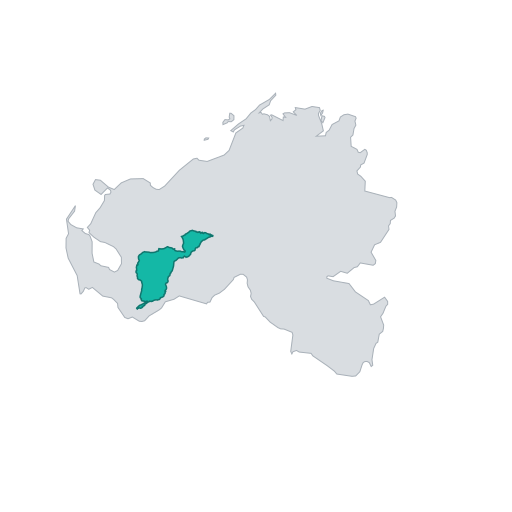 Barinas highlighted on a map of Venezuela, rotated 323°
{"feature_id": "VEN-26", "entity_name": "Barinas", "entity_type": "State", "adm_level": 1, "iso_a3": "VEN", "parent_name": "Venezuela", "parent_adm1": "", "projection": "robinson", "projection_center": [-69.659, 8.155], "detail": "fine", "context": "in_parent", "style": "filled", "palette": "teal", "viewbox_px": 512, "rotation_deg": 323, "n_neighbors": 0, "source": "natural_earth", "source_scale": "10m", "svg_char_len": 9437}
<svg xmlns="http://www.w3.org/2000/svg" viewBox="0 0 512 512"><g transform="rotate(323 256 256)"><path d="M414.8,198.0L419.3,204.6L418.9,206.2L416.2,207.8L414.5,211.6L411.0,213.2L406.2,217.7L403.0,218.1L398.0,225.7L400.8,231.6L400.1,234.7L401.4,236.2L407.1,236.3L407.7,237.9L407.0,240.4L405.9,241.9L398.2,246.8L394.4,246.3L392.9,247.8L387.8,248.8L386.5,251.7L387.7,255.6L388.3,262.0L382.0,269.6L397.8,289.8L399.5,290.8L401.2,295.4L400.6,298.2L397.8,301.5L393.9,303.9L391.5,308.0L389.1,308.9L384.8,308.5L382.7,310.9L380.0,311.7L378.2,314.8L363.7,320.0L357.5,318.4L350.2,322.2L349.0,331.7L346.7,333.9L344.0,333.9L335.1,324.3L330.5,325.6L327.4,324.3L318.5,324.7L314.4,319.2L305.1,318.9L301.6,315.2L300.0,315.2L299.2,316.4L302.9,322.4L313.7,334.0L313.8,344.5L318.9,359.2L318.0,363.8L320.9,365.2L333.9,366.3L333.8,371.5L332.1,373.8L329.5,374.3L322.9,378.2L318.9,379.5L316.4,388.0L314.2,390.5L311.8,392.5L307.4,392.6L301.4,398.1L299.3,398.0L294.3,400.7L286.2,408.6L283.5,413.5L281.5,413.6L282.3,409.3L281.2,407.0L279.3,405.8L277.5,405.6L275.3,406.7L269.3,410.9L263.4,411.8L260.3,409.9L249.5,398.9L249.3,395.2L246.8,386.3L241.3,370.0L241.4,366.9L232.7,358.7L231.5,355.8L227.9,354.7L225.7,355.8L226.3,353.1L237.9,341.3L238.9,338.7L234.4,331.2L231.9,329.1L230.4,326.4L227.5,317.3L226.7,310.2L225.7,308.8L227.0,291.7L226.5,287.9L227.3,285.0L229.6,283.0L230.9,280.0L231.1,275.8L232.5,272.5L234.9,269.8L235.8,267.2L234.7,262.9L232.6,261.2L225.6,259.9L223.7,261.2L210.8,263.6L204.4,263.6L199.5,262.4L195.9,262.8L191.5,265.1L189.4,263.8L187.7,264.5L170.7,241.7L164.5,241.2L156.0,238.0L149.4,240.6L146.6,240.8L134.7,239.5L128.1,240.7L125.4,239.6L123.5,237.8L120.5,230.3L116.0,229.1L114.2,226.1L114.8,214.0L116.9,210.6L116.2,205.1L115.5,202.5L109.5,195.8L106.4,182.6L102.4,181.9L101.3,179.0L100.1,178.5L96.8,180.3L93.4,181.0L92.7,180.3L101.4,164.0L104.7,144.7L109.1,135.2L115.0,127.6L119.7,125.4L126.8,112.5L142.1,107.1L138.1,111.0L128.9,113.5L126.8,115.1L127.0,119.4L129.7,125.5L134.3,130.4L132.2,130.9L133.2,135.3L135.4,138.3L135.5,140.1L133.7,146.0L126.7,155.2L122.9,163.2L125.8,168.0L126.2,170.4L131.4,176.4L130.9,178.7L133.2,183.6L136.8,184.3L143.9,181.2L147.7,176.0L148.5,166.2L147.8,162.7L143.4,154.2L140.4,150.9L137.9,143.5L136.7,136.8L138.7,135.3L138.5,131.7L143.4,130.8L154.1,125.0L160.7,123.6L168.3,120.5L171.6,116.5L172.7,116.2L176.6,118.6L178.6,117.7L179.4,115.9L178.3,112.3L169.3,113.6L167.0,106.4L169.0,100.6L173.8,98.4L177.3,101.8L179.6,112.2L182.8,117.6L192.4,116.5L202.1,118.9L212.5,126.3L215.5,134.0L214.2,136.0L214.9,139.3L216.4,142.6L218.7,144.7L225.2,145.2L246.4,141.4L264.3,140.8L267.7,142.4L268.1,145.2L273.9,151.1L291.3,156.2L298.0,155.5L314.0,145.6L322.5,145.9L325.0,144.4L321.8,142.9L314.7,142.3L312.5,143.3L311.3,140.7L321.5,140.0L330.6,140.5L338.0,138.7L343.8,138.8L349.7,137.6L360.8,139.0L369.6,137.8L368.6,139.5L361.1,140.8L357.5,143.2L350.0,142.7L344.7,143.6L346.4,144.3L346.4,146.7L347.9,147.2L350.2,150.2L350.8,152.7L348.9,156.6L351.1,156.2L352.3,155.0L352.3,152.2L353.5,152.7L359.1,164.1L361.5,161.4L363.1,163.1L363.1,158.7L364.9,158.9L369.0,161.7L373.2,168.3L372.5,163.3L375.9,163.2L376.7,161.1L383.5,168.2L390.7,170.3L396.0,175.7L394.9,178.4L391.7,179.7L390.5,181.4L388.1,189.9L385.1,196.6L376.2,196.6L383.8,201.8L386.4,199.6L390.2,199.5L395.9,196.8L403.6,198.0L407.0,195.8L411.2,196.1L414.8,198.0ZM322.0,127.1L322.8,130.7L320.4,133.8L317.1,133.9L314.6,131.9L313.2,132.3L308.7,131.2L310.0,129.3L313.3,128.4L315.7,130.6L317.7,130.7L318.2,128.9L321.0,126.2L322.0,127.1ZM394.4,187.0L389.6,189.8L389.4,187.0L393.1,183.7L394.7,185.7L394.4,187.0ZM289.2,133.3L287.9,133.9L284.3,132.4L285.1,131.5L287.1,131.5L289.2,133.3ZM395.3,181.8L392.4,182.7L393.3,180.7L396.3,179.6L397.4,180.0L395.3,181.8Z" fill="#d9dde1" stroke="#a8b0b8" stroke-width="1"/><path d="M221.3,198.3L222.0,199.2L222.2,199.6L222.8,200.0L222.7,200.5L222.7,200.8L223.0,200.9L223.1,201.0L223.2,201.3L223.3,201.6L223.5,201.9L223.7,202.1L223.8,202.1L224.2,201.9L224.3,201.9L224.4,202.0L224.5,202.5L225.0,202.9L225.5,202.7L225.7,203.0L225.7,203.3L225.5,203.6L225.5,204.0L225.8,203.8L226.1,204.0L226.5,204.4L226.5,204.6L226.5,205.0L226.9,205.2L227.0,205.3L227.1,205.5L227.3,205.1L227.3,204.9L227.5,204.9L227.6,205.1L227.6,205.4L227.7,206.4L227.8,206.5L229.0,206.4L229.2,206.5L229.9,207.3L230.2,208.4L230.4,208.7L230.6,208.9L231.0,209.3L231.2,209.8L231.3,210.4L231.6,210.3L232.1,210.7L232.4,210.8L232.3,211.0L232.3,211.4L232.4,211.5L231.9,211.5L232.4,212.3L232.7,213.2L233.0,213.4L233.4,213.2L233.8,213.5L233.8,213.8L233.2,214.2L232.6,213.6L232.0,213.4L231.9,213.3L231.8,213.1L231.7,213.0L231.1,213.2L230.6,213.1L230.1,212.8L228.9,212.5L226.6,212.4L225.5,212.1L224.9,212.3L224.4,212.1L223.8,211.7L223.3,211.5L220.8,211.7L220.4,211.9L219.5,212.3L218.8,212.5L218.3,213.0L218.0,213.2L217.2,213.4L216.5,213.9L216.0,214.2L215.7,214.1L215.5,213.8L215.0,213.8L214.4,213.9L213.9,214.0L213.2,213.5L213.1,213.3L212.8,213.3L212.3,213.4L211.9,213.6L211.0,214.5L210.4,214.7L209.8,214.6L208.9,214.1L208.4,214.0L206.9,213.9L206.5,214.0L205.2,214.8L204.9,215.2L204.5,215.3L202.3,215.7L200.7,215.5L199.8,214.9L199.7,214.9L199.4,214.9L199.4,214.4L199.0,213.8L198.9,213.6L198.8,213.3L198.7,213.0L198.1,213.2L197.2,213.2L197.1,213.3L196.9,213.5L196.7,213.6L196.2,213.2L195.3,212.8L195.2,212.7L194.9,212.0L194.8,211.9L194.3,211.7L193.5,211.1L192.9,210.9L190.0,211.3L189.1,211.3L187.9,211.0L187.4,211.1L186.8,211.4L184.1,214.4L180.3,217.3L179.9,217.5L179.2,217.5L178.9,217.6L178.1,218.1L177.8,218.3L177.5,218.1L177.2,218.2L176.8,218.4L175.8,219.4L175.4,219.7L175.1,219.8L173.9,219.7L173.5,219.8L172.4,220.6L172.1,220.7L171.8,221.0L171.4,221.5L171.0,222.2L170.9,222.7L170.6,223.2L170.1,223.6L169.4,223.8L169.0,223.9L168.9,223.9L168.5,223.6L168.2,223.5L166.9,223.9L166.6,224.3L166.1,226.3L165.6,227.3L165.0,228.1L164.1,228.6L163.6,228.7L163.1,228.7L162.7,228.8L162.6,229.3L162.6,229.9L162.3,230.1L162.2,230.1L161.8,229.9L161.6,230.3L161.0,231.0L160.6,231.3L160.2,231.4L159.6,231.3L159.3,231.4L158.6,232.4L157.7,232.6L156.6,232.5L155.5,232.2L154.6,231.8L154.3,232.1L153.2,232.5L152.7,232.6L152.3,232.4L151.8,232.1L151.4,231.9L151.0,232.0L150.2,231.2L149.2,230.5L148.2,230.1L147.2,229.8L146.6,229.9L146.2,229.9L145.9,229.5L145.7,229.4L145.1,229.4L144.7,229.0L144.2,228.4L143.7,228.0L143.2,228.2L142.3,227.9L141.5,227.8L139.7,227.9L138.7,227.7L138.3,227.8L137.8,228.0L137.6,228.3L137.4,228.4L137.1,228.4L136.8,228.4L136.4,228.1L136.1,228.0L135.9,228.1L135.3,228.4L135.0,228.4L134.7,228.1L134.5,228.3L134.3,228.6L133.8,228.6L132.7,228.4L132.4,228.3L132.2,228.0L131.8,227.5L131.6,227.3L130.2,226.8L129.7,226.7L129.4,226.9L129.2,226.5L129.2,226.3L129.3,226.0L129.3,225.9L129.5,225.8L129.7,225.7L130.4,225.7L130.7,225.7L131.0,225.7L131.4,225.5L133.0,225.4L133.6,225.4L134.6,225.8L136.4,226.1L137.4,226.3L138.4,226.3L138.7,226.4L138.9,226.4L140.5,227.0L141.0,227.1L141.4,227.1L141.6,227.0L142.0,226.8L142.0,226.7L141.8,226.4L141.2,226.3L140.9,226.2L140.6,226.1L140.0,225.6L139.8,225.1L139.5,224.9L139.2,224.4L138.7,224.0L138.3,223.5L138.0,223.3L137.9,223.2L138.0,222.2L138.0,221.7L138.5,221.4L138.7,221.2L138.7,220.9L138.5,220.0L138.6,219.3L139.3,218.4L142.7,215.7L143.6,215.1L143.9,214.8L144.5,214.0L144.7,213.7L145.6,213.1L147.5,211.2L148.3,210.0L148.6,209.0L149.0,208.1L149.3,207.6L149.4,207.4L149.4,207.0L149.4,206.8L149.2,206.2L149.1,205.6L149.0,205.4L148.8,205.0L148.7,205.0L148.3,204.8L148.2,204.6L147.9,203.7L147.9,203.4L147.9,202.7L148.0,202.3L148.6,201.7L148.8,201.4L148.9,201.1L148.9,200.6L149.0,200.4L149.3,200.0L149.9,199.5L150.2,199.1L150.4,198.6L150.5,198.3L150.5,198.0L150.3,197.5L150.3,197.1L150.5,196.8L150.6,196.5L151.3,195.8L151.5,195.7L151.7,195.9L151.9,195.9L153.3,193.8L153.4,193.5L153.6,193.1L153.9,192.8L154.5,192.4L155.3,191.6L155.7,191.5L155.9,191.7L156.0,192.0L156.3,192.0L156.6,191.8L157.1,190.6L157.3,190.4L157.5,190.4L157.8,190.4L158.0,190.4L158.6,190.0L159.0,189.8L159.5,189.7L159.9,189.5L160.1,189.4L160.2,189.2L160.3,188.1L160.5,187.6L161.0,186.8L161.2,186.5L161.5,186.0L161.9,185.6L163.2,185.1L163.6,185.0L165.5,185.2L166.8,185.1L167.3,185.0L167.8,185.0L168.2,185.2L168.7,185.3L169.5,185.4L169.7,185.8L172.9,188.6L173.5,189.5L173.8,189.8L176.1,191.4L178.2,192.4L178.8,192.5L179.4,192.5L179.9,192.6L180.5,193.1L181.0,193.2L181.3,193.1L181.5,192.9L182.0,192.4L182.3,192.2L182.5,191.9L183.0,191.7L183.1,191.8L183.5,192.5L184.2,192.9L185.0,193.7L186.7,194.6L187.2,194.8L187.6,194.9L188.4,194.9L188.5,195.0L188.8,195.1L190.3,195.2L190.8,195.3L191.0,195.4L191.1,195.5L191.5,196.5L191.8,197.0L193.2,198.4L193.8,199.3L193.9,199.7L193.9,200.3L194.1,200.9L194.2,201.0L194.3,201.0L194.9,201.0L195.1,201.1L195.3,201.3L195.2,201.4L194.9,201.8L194.8,202.1L194.7,202.3L194.6,202.6L194.6,202.8L194.7,203.1L194.9,203.4L195.8,204.5L196.1,204.9L196.2,205.0L197.4,205.7L198.3,206.5L198.5,206.6L198.7,207.1L199.3,207.9L199.6,208.2L200.7,208.8L200.8,209.0L201.1,209.7L201.3,209.9L201.5,209.9L201.8,209.9L202.0,209.9L202.2,209.7L202.3,209.5L202.5,209.0L202.4,208.7L202.2,207.7L202.5,205.9L203.0,204.3L203.2,203.9L204.5,203.0L205.8,202.3L206.4,201.4L207.6,199.3L207.9,198.3L208.1,197.4L208.1,196.9L208.3,196.5L208.3,196.0L208.3,195.6L210.0,196.2L210.4,196.2L211.2,196.2L211.9,196.5L212.2,196.4L212.6,196.1L212.8,196.1L213.1,196.1L213.7,196.4L214.3,196.5L214.8,196.4L215.1,196.4L216.4,196.6L216.7,196.6L217.5,196.3L218.1,196.3L218.6,196.4L219.9,197.0L220.4,197.1L220.6,197.2L220.8,197.4L220.9,197.8L221.1,198.2L221.3,198.3Z" fill="#14b8a6" stroke="#0f766e" stroke-width="1.5"/></g></svg>